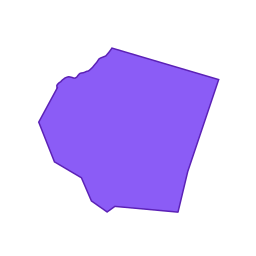 Labayee, Castries, Saint Lucia (Mercator projection), rotated 297°
{"feature_id": "8701671B83780855203463", "entity_name": "Labayee", "entity_type": "district", "adm_level": 2, "iso_a3": "LCA", "parent_name": "Saint Lucia", "parent_adm1": "Castries", "projection": "mercator", "projection_center": [-60.972, 13.941], "detail": "fine", "context": "isolated", "style": "filled", "palette": "violet", "viewbox_px": 256, "rotation_deg": 297, "n_neighbors": 0, "source": "geoboundaries", "source_scale": "gbopen_adm2", "svg_char_len": 1996}
<svg xmlns="http://www.w3.org/2000/svg" viewBox="0 0 256 256"><g transform="rotate(297 128 128)"><path d="M75.9,210.7L116.3,201.0L212.3,186.8L191.9,77.4L191.5,77.4L186.7,76.6L182.1,75.5L181.2,74.7L177.8,71.7L176.3,70.8L172.2,70.3L170.6,69.9L168.0,69.3L166.0,68.9L162.2,67.5L160.8,66.8L159.6,65.3L158.0,64.1L156.8,62.9L156.7,62.8L156.6,62.6L156.4,62.3L156.3,62.1L156.1,61.9L156.0,61.7L155.9,61.6L155.7,61.4L155.5,61.1L155.4,61.0L155.2,60.8L155.1,60.7L154.9,60.5L154.7,60.4L154.4,60.3L154.2,60.2L153.9,60.0L153.7,60.0L153.4,59.9L153.2,59.9L152.8,59.8L152.7,59.7L152.4,59.7L152.2,59.6L151.8,59.5L151.6,59.5L151.4,59.5L151.2,59.5L151.0,59.4L150.8,59.4L150.6,59.4L150.4,59.3L150.2,59.2L149.9,59.1L149.7,59.1L149.4,58.8L149.2,58.7L148.9,58.5L148.7,58.4L148.6,58.2L148.4,58.1L148.3,57.9L148.2,57.8L148.1,57.6L148.0,57.4L147.9,57.2L147.8,56.8L147.8,56.6L147.8,56.4L147.8,56.2L147.7,56.0L147.7,55.8L147.7,55.6L147.7,55.4L147.6,55.2L147.6,54.9L147.5,54.7L147.4,54.3L147.4,54.1L147.3,53.9L147.2,53.6L147.2,53.3L147.1,53.1L147.1,52.9L147.0,52.7L146.9,52.5L146.8,52.3L146.8,52.1L146.7,52.0L146.6,51.8L146.5,51.5L146.3,51.4L146.2,51.2L145.9,50.9L145.7,50.7L145.4,50.4L145.2,50.2L144.8,49.9L144.6,49.7L144.4,49.6L144.3,49.4L144.1,49.3L144.0,49.2L143.9,49.1L143.7,49.0L143.5,48.9L143.3,48.9L143.1,48.7L142.9,48.7L142.5,48.5L142.4,48.4L142.1,48.3L141.9,48.2L141.6,48.0L141.3,47.9L141.2,47.8L140.9,47.7L140.7,47.6L140.4,47.5L140.2,47.5L140.0,47.4L139.8,47.3L139.5,47.3L139.4,47.2L139.1,47.2L138.7,47.1L138.4,46.9L138.2,46.8L138.0,46.7L137.9,46.6L137.7,46.4L137.3,46.2L137.1,46.1L136.9,46.0L136.7,46.0L136.6,45.9L136.3,45.8L136.1,45.8L136.0,45.7L135.8,45.6L135.6,45.6L135.3,45.5L135.1,45.5L134.9,45.4L134.7,45.4L134.3,45.3L134.0,45.3L133.8,45.3L133.6,45.3L133.4,45.4L133.2,45.5L132.9,45.7L132.7,45.8L132.3,46.1L132.2,46.1L132.0,46.3L131.7,46.4L132.4,46.8L92.7,45.8L64.4,77.9L64.4,78.6L62.5,109.1L46.4,128.5L43.7,147.5L52.2,151.9L75.6,210.4L75.9,210.7Z" fill="#8b5cf6" stroke="#5b21b6" stroke-width="1.5"/></g></svg>